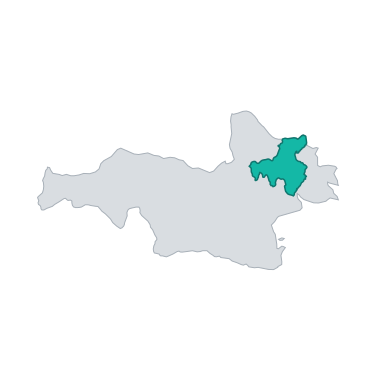 location of Hwanghae-bukto within North Korea, rotated 229°
{"feature_id": "PRK-3303", "entity_name": "Hwanghae-bukto", "entity_type": "Province", "adm_level": 1, "iso_a3": "PRK", "parent_name": "North Korea", "parent_adm1": "", "projection": "equal_earth", "projection_center": [126.361, 38.471], "detail": "fine", "context": "in_parent", "style": "filled", "palette": "teal", "viewbox_px": 384, "rotation_deg": 229, "n_neighbors": 0, "source": "natural_earth", "source_scale": "10m", "svg_char_len": 8218}
<svg xmlns="http://www.w3.org/2000/svg" viewBox="0 0 384 384"><g transform="rotate(229 192 192)"><path d="M224.8,273.5L223.5,274.2L221.4,278.3L219.4,283.4L217.4,286.2L215.1,287.7L212.7,288.6L207.8,289.0L203.4,288.7L201.9,288.1L195.9,288.4L194.2,288.8L185.4,288.4L180.9,288.8L178.0,289.8L175.0,291.9L172.5,295.0L170.3,298.4L165.7,304.5L162.5,307.5L162.5,311.9L162.4,313.2L161.3,314.1L160.9,313.7L159.1,313.4L151.6,309.4L145.5,311.8L144.0,315.0L142.3,316.0L139.9,309.8L135.9,309.6L129.6,304.2L126.9,305.3L126.2,307.5L122.7,312.5L117.8,316.6L116.3,317.1L114.5,316.8L114.7,315.7L112.8,311.1L105.1,309.2L102.4,307.3L101.0,306.8L108.5,301.7L110.5,300.8L109.0,299.6L107.4,299.0L101.3,299.8L98.0,298.1L93.4,298.6L90.1,297.3L96.9,292.3L97.2,289.3L97.2,287.0L100.6,280.4L104.0,276.7L112.9,271.5L116.8,270.7L119.6,270.9L121.9,270.4L119.5,268.5L117.1,267.5L112.5,267.7L107.8,264.7L107.4,261.5L116.7,241.6L116.8,239.8L115.4,234.9L115.0,230.2L108.4,227.5L105.5,227.1L97.1,221.8L93.8,219.1L92.5,219.9L92.2,224.2L91.0,225.1L88.8,226.0L87.7,221.1L85.9,217.6L80.4,214.0L78.4,212.1L79.4,207.8L78.9,207.4L79.9,202.7L83.3,199.0L91.7,192.5L93.9,189.4L98.2,185.8L100.1,185.9L102.1,185.6L102.7,184.0L103.1,182.8L104.8,181.6L108.9,179.7L113.6,177.0L117.3,176.3L121.8,172.4L123.7,170.7L125.5,170.7L126.0,169.9L127.1,167.9L128.5,166.6L130.5,166.3L133.8,165.3L137.9,164.8L140.7,161.5L141.7,159.1L143.5,156.6L147.4,153.8L150.1,149.6L153.1,145.1L154.5,143.7L155.9,143.4L156.8,141.7L157.7,136.9L159.1,132.3L159.9,130.1L163.3,127.7L164.2,126.6L165.0,126.2L166.6,126.5L168.7,125.1L170.7,123.6L172.5,124.1L174.4,125.4L176.4,127.9L177.2,130.0L178.8,131.7L179.1,134.2L180.6,135.3L183.9,135.8L189.3,137.5L192.7,137.6L194.7,138.9L198.9,139.6L207.2,138.6L210.6,139.1L212.0,140.7L214.1,141.9L215.5,142.0L217.3,139.9L219.2,136.4L220.5,133.8L220.4,131.7L219.2,129.4L216.5,127.4L214.7,124.1L212.9,120.8L211.9,119.7L211.1,118.1L210.9,115.6L211.5,113.9L215.6,112.8L220.9,112.1L225.1,112.8L232.3,112.3L236.6,111.4L239.9,111.5L242.8,111.5L244.2,110.1L248.3,106.7L250.3,105.4L252.4,103.1L252.8,100.7L253.2,98.7L254.4,96.6L256.5,94.0L258.4,92.8L260.4,93.0L262.6,94.2L264.0,95.4L265.6,95.0L266.9,93.0L267.7,92.6L270.2,92.4L271.0,91.2L271.8,85.2L272.7,80.4L272.8,77.1L274.9,71.7L275.6,68.4L276.9,66.9L278.4,67.0L279.7,68.0L281.3,68.5L283.4,68.0L284.9,68.8L285.9,70.6L289.1,71.8L289.4,72.7L289.5,78.6L291.3,81.4L293.6,83.9L296.9,86.2L298.6,86.7L299.6,88.4L300.7,91.2L303.0,93.9L304.3,95.9L304.5,98.0L305.6,99.2L303.8,100.5L301.4,99.7L297.4,99.2L292.4,103.3L289.6,104.8L287.7,108.8L283.7,111.2L281.6,113.7L278.9,118.1L277.1,122.4L272.9,126.8L270.5,132.3L270.4,137.0L273.2,141.8L273.5,146.0L271.7,154.4L273.0,163.5L271.8,167.0L258.7,173.2L255.3,176.3L250.5,184.3L244.6,187.3L240.9,190.6L235.9,192.5L232.6,198.2L229.1,201.4L224.8,203.4L221.6,205.9L214.5,206.1L209.4,207.8L205.9,212.6L195.1,218.0L193.6,222.1L194.4,228.5L194.4,233.3L193.5,237.3L191.1,236.2L189.9,237.5L188.5,241.2L188.9,245.4L192.6,246.8L195.7,248.5L200.0,249.4L203.2,251.3L210.0,260.3L215.5,264.2L217.0,265.6L220.2,267.6L223.1,270.7L224.8,273.5ZM98.4,229.7L96.4,231.1L96.3,228.6L97.9,226.6L99.5,226.3L98.4,229.7Z" fill="#d9dde1" stroke="#a8b0b8" stroke-width="1"/><path d="M172.5,295.1L171.8,297.0L171.2,297.8L169.7,298.9L169.1,299.6L166.0,304.5L164.5,305.8L163.6,306.1L162.9,306.2L162.5,306.5L162.3,307.7L162.5,311.9L162.1,312.5L162.0,313.2L161.6,313.3L160.8,313.8L159.8,314.4L159.2,314.3L154.1,310.9L153.8,310.6L152.9,309.0L152.8,308.9L153.0,308.5L153.1,308.3L153.1,308.0L153.1,307.7L152.8,307.5L152.6,307.3L152.4,307.0L152.4,306.5L152.5,305.0L152.6,304.6L152.7,304.4L152.8,304.1L152.8,303.7L152.5,303.2L152.4,302.4L152.6,301.6L152.2,300.6L152.4,299.4L152.2,299.0L152.1,298.8L151.8,298.5L151.8,298.1L151.9,297.6L152.1,297.3L152.6,296.9L152.8,296.7L153.0,296.5L153.1,296.4L153.3,296.4L153.4,296.6L153.6,297.3L153.7,297.5L153.8,297.7L153.9,297.8L154.1,297.7L154.2,297.4L154.2,296.9L154.1,296.6L153.8,296.0L153.5,295.3L153.3,294.8L152.9,294.4L152.7,294.1L152.5,293.9L152.3,293.8L150.4,293.0L149.4,292.4L148.5,292.0L148.0,291.9L147.2,291.9L145.6,292.3L145.4,292.4L145.2,292.5L144.1,293.5L143.8,293.6L143.6,293.7L143.4,293.7L142.9,293.5L142.7,293.5L142.2,293.8L142.0,294.0L141.7,294.4L141.4,294.6L141.0,294.6L139.8,294.4L139.5,294.3L139.2,294.4L138.4,295.0L137.0,295.3L136.7,295.3L136.3,295.3L135.7,295.2L135.4,295.0L135.2,294.8L135.1,294.5L135.0,294.3L134.7,292.4L134.6,291.9L134.4,291.7L133.4,290.8L133.1,290.4L132.9,290.1L132.9,289.9L132.8,289.6L132.3,289.0L132.2,288.5L132.0,288.2L131.8,288.1L131.5,288.2L131.4,288.3L131.2,288.4L131.0,288.5L130.1,288.3L129.9,288.4L129.3,288.6L128.7,288.5L128.6,288.4L128.7,288.2L128.9,288.0L129.0,287.9L129.0,287.7L128.9,287.5L128.7,287.2L128.3,286.8L127.5,286.4L127.3,286.1L127.6,285.8L127.7,285.6L127.9,285.4L128.0,285.2L128.0,284.8L127.9,284.6L127.3,283.8L127.2,283.6L127.1,283.4L127.1,283.2L127.0,282.8L127.0,282.0L127.0,281.7L127.1,281.2L127.1,280.7L126.9,280.1L126.6,279.5L126.4,279.1L126.3,278.7L126.0,278.2L125.9,277.9L125.8,277.6L125.9,276.6L125.8,276.3L125.8,276.1L125.6,275.6L125.5,275.3L125.5,274.0L125.4,273.4L125.2,273.2L125.6,273.1L125.3,272.7L124.9,272.0L124.6,271.8L124.2,270.3L124.1,269.1L124.0,268.7L123.9,268.5L123.2,267.8L122.8,267.2L122.7,266.8L122.6,266.5L122.6,265.9L123.7,265.5L126.3,263.7L127.5,263.1L128.5,263.0L130.9,263.1L131.5,263.3L135.1,265.3L135.3,265.4L135.5,265.6L135.7,265.8L135.8,266.1L135.8,266.3L135.8,267.1L135.8,267.4L136.0,267.6L137.4,268.3L138.1,268.7L139.5,269.3L140.4,269.6L141.0,269.5L141.8,269.3L142.1,269.2L142.3,269.0L142.5,268.8L143.1,267.8L143.3,267.6L143.6,267.4L144.0,267.2L145.4,266.8L145.7,266.7L145.9,266.5L146.0,266.3L146.1,266.0L146.1,265.8L146.1,264.2L146.0,263.7L145.9,263.5L145.8,263.3L144.5,261.3L144.4,261.2L144.2,261.0L143.3,260.5L142.9,260.2L142.7,260.0L142.6,259.8L142.4,259.5L142.4,259.3L142.3,259.1L142.3,258.8L142.4,257.8L142.5,257.6L142.6,257.3L142.7,257.0L143.0,256.6L143.5,256.8L143.8,256.8L144.2,256.6L144.5,256.3L144.8,256.2L144.9,255.9L145.2,255.9L145.4,255.9L146.6,256.1L147.0,256.5L147.4,256.9L147.5,257.1L148.0,257.3L148.7,257.6L148.9,257.4L149.2,257.4L149.9,257.6L150.1,257.6L151.3,258.2L151.5,258.3L151.7,258.5L151.9,258.5L152.3,258.7L154.8,259.6L155.2,259.6L155.8,259.6L156.1,259.4L156.2,259.2L156.3,259.0L156.3,258.8L156.4,258.7L156.3,258.2L156.2,257.7L156.1,257.3L155.9,256.8L155.8,256.5L155.9,256.1L156.3,255.5L156.6,255.3L156.9,255.3L157.1,255.4L159.0,256.6L159.4,256.6L160.1,256.7L161.4,256.5L161.9,256.3L162.2,256.1L162.1,255.8L162.1,255.6L161.9,255.4L161.6,255.0L161.3,254.5L161.2,254.3L161.1,254.0L160.9,253.3L160.7,253.0L160.6,252.8L159.7,251.9L159.6,251.7L159.5,251.4L159.3,250.9L159.2,250.6L158.7,249.9L158.6,249.6L158.5,249.4L158.5,249.1L158.5,248.7L158.6,248.3L158.8,247.7L159.2,247.4L159.4,247.4L159.7,247.5L160.3,248.3L160.5,248.5L161.0,248.8L161.3,248.9L161.9,248.9L162.4,248.8L164.1,248.3L164.4,248.3L164.7,248.4L165.0,248.5L165.4,248.8L166.0,249.3L166.5,249.5L167.6,249.7L168.2,250.0L168.7,250.3L170.6,251.9L171.1,252.2L171.9,252.3L173.9,252.1L174.1,253.8L174.3,254.6L174.7,255.1L174.9,255.4L175.0,255.4L175.1,255.8L175.2,256.0L175.3,256.5L175.2,256.8L175.1,257.2L174.9,257.9L174.6,258.5L174.0,259.3L173.8,259.5L173.5,259.6L173.3,259.8L173.1,259.8L171.4,259.9L171.2,260.0L170.9,260.1L170.7,260.3L170.5,260.5L170.3,260.7L170.1,260.9L170.0,261.2L169.9,261.6L169.9,262.0L170.0,262.9L170.1,264.2L169.9,265.2L169.9,265.7L169.7,266.1L169.2,267.1L168.0,269.0L167.3,270.5L167.0,271.0L166.8,271.2L166.3,271.6L165.9,271.8L163.7,272.5L163.2,272.8L163.1,273.0L162.9,273.3L162.9,273.7L163.1,274.2L163.9,275.4L164.0,275.7L164.1,276.1L164.1,276.6L164.1,277.0L164.0,277.3L163.9,277.5L163.8,278.0L163.7,278.5L163.7,278.8L163.7,279.5L163.9,280.4L164.2,281.0L166.7,285.5L166.8,285.8L166.8,286.1L167.0,286.4L167.2,286.7L167.4,286.8L167.7,286.9L168.0,287.0L168.4,287.2L168.8,287.6L169.1,287.7L169.3,287.7L169.7,287.3L169.9,287.2L170.1,287.2L170.3,287.2L170.4,287.4L170.5,287.7L170.2,288.4L170.0,288.8L169.9,289.1L169.8,289.3L169.9,289.7L170.0,289.9L170.3,290.3L170.4,290.6L170.3,290.9L170.1,291.4L169.9,291.9L170.0,292.6L170.7,293.5L170.9,293.6L171.2,293.8L171.8,293.9L172.0,294.1L172.1,294.3L172.2,294.5L172.5,295.1L172.5,295.1Z" fill="#14b8a6" stroke="#0f766e" stroke-width="1.5"/></g></svg>